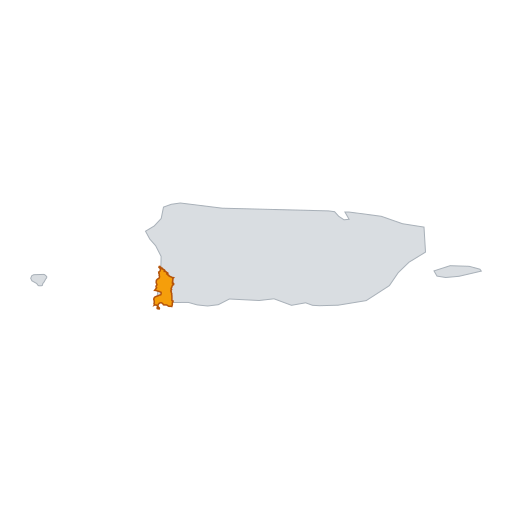 Cabo Rojo, Puerto Rico shown in context
{"feature_id": "32010507B73379646065034", "entity_name": "Cabo Rojo", "entity_type": "district", "adm_level": 2, "iso_a3": "PRI", "parent_name": "Puerto Rico", "parent_adm1": "", "projection": "albers", "projection_center": [-67.16, 18.05], "detail": "fine", "context": "in_parent", "style": "filled", "palette": "amber", "viewbox_px": 512, "rotation_deg": 0, "n_neighbors": 0, "source": "geoboundaries", "source_scale": "gbopen_adm2", "svg_char_len": 3885}
<svg xmlns="http://www.w3.org/2000/svg" viewBox="0 0 512 512"><path d="M338.7,216.3L344.0,219.8L349.1,219.3L344.9,212.0L348.7,212.0L381.3,216.3L402.4,223.7L424.0,227.1L425.5,252.1L409.0,262.2L398.2,272.7L389.4,285.6L366.2,300.6L338.1,305.2L319.4,305.7L312.5,305.3L305.6,302.8L291.5,305.3L274.0,298.8L259.1,300.5L229.4,299.0L218.3,304.7L207.6,306.0L197.2,304.9L188.3,302.4L166.3,302.6L157.0,297.7L160.8,269.3L161.1,256.4L155.7,245.8L149.8,239.1L145.5,231.2L154.2,226.0L161.2,218.5L163.5,207.1L171.2,204.3L180.3,203.0L222.3,208.2L328.6,210.9L334.6,211.7L338.7,216.3ZM459.0,276.3L445.7,277.5L437.0,276.1L434.0,270.9L450.1,265.7L469.1,266.3L479.9,269.2L481.3,271.1L459.0,276.3ZM41.7,285.7L40.1,285.8L38.5,285.7L37.8,285.1L36.7,283.5L31.9,280.8L30.7,278.3L31.8,275.7L33.8,274.7L43.7,274.4L44.7,274.7L46.7,276.5L46.7,277.8L45.7,279.0L44.0,282.1L43.3,282.9L42.7,283.7L42.5,285.2L41.7,285.7Z" fill="#d9dde1" stroke="#a8b0b8" stroke-width="1"/><path d="M159.8,266.4L159.7,266.4L159.3,266.4L158.9,267.2L159.5,267.9L159.6,268.0L160.1,268.2L160.2,268.6L160.3,269.0L160.4,269.7L160.1,270.8L160.0,271.0L159.4,271.8L158.9,272.1L158.7,272.1L158.8,273.1L158.8,273.3L159.2,273.8L159.3,273.9L159.3,274.3L159.3,274.6L159.1,275.2L159.2,275.3L159.5,276.2L159.5,276.3L159.5,276.9L159.4,277.3L159.2,277.9L159.2,278.0L158.5,278.5L158.0,278.8L157.4,279.2L156.4,280.3L156.2,281.9L156.2,282.8L156.6,283.6L157.0,284.7L157.0,284.8L156.7,285.2L156.2,285.8L156.0,286.5L156.1,287.0L156.3,287.4L156.6,287.8L156.2,288.4L155.4,289.3L154.7,290.3L155.0,290.3L155.9,290.5L156.1,290.6L156.7,290.7L157.2,290.9L158.0,291.2L158.5,291.3L159.5,291.6L159.8,291.7L160.0,291.8L160.6,292.1L160.9,292.2L160.9,292.3L161.2,292.8L161.1,293.8L160.8,294.7L160.7,294.7L160.2,295.0L159.4,295.1L158.2,295.7L157.9,295.9L156.8,296.2L156.6,296.3L155.1,296.9L154.7,297.2L154.2,297.8L153.8,298.9L153.8,299.6L153.9,299.8L154.1,300.5L154.2,300.8L154.2,301.4L154.3,301.7L154.3,302.3L154.0,303.5L154.3,304.4L154.3,305.0L154.2,305.2L154.4,305.1L155.6,305.0L156.3,305.1L156.5,305.1L157.3,305.8L157.5,306.6L157.6,307.1L157.4,307.6L157.1,307.8L157.0,308.0L157.4,308.7L157.7,308.7L158.1,308.6L158.6,308.7L158.8,309.0L159.2,309.0L159.4,308.4L159.2,307.7L158.9,307.5L158.8,307.4L158.3,306.9L158.1,306.3L158.0,306.0L158.0,305.1L158.3,304.4L158.9,303.6L159.7,303.0L160.8,302.7L161.6,302.8L162.1,303.2L162.3,303.4L162.7,303.7L163.4,304.5L163.5,304.8L164.4,304.9L164.8,304.9L165.3,304.9L166.3,304.9L166.9,305.1L167.1,305.2L167.8,305.7L168.6,306.2L169.3,306.3L170.6,306.3L171.7,306.5L171.8,306.5L171.8,306.4L171.9,305.8L172.2,305.3L172.2,304.8L172.4,304.3L172.2,303.1L172.5,302.7L172.5,302.4L172.8,302.0L173.1,301.1L173.0,300.9L172.6,300.8L172.2,300.8L171.9,300.6L171.8,300.4L171.9,300.0L171.9,297.2L171.9,296.9L171.8,294.9L171.6,294.4L171.8,293.8L171.7,293.4L171.2,292.3L171.2,291.7L171.1,291.4L171.2,291.2L170.8,291.0L170.8,290.6L171.2,289.9L171.6,289.5L171.4,289.0L171.2,288.9L171.1,288.4L171.3,288.0L171.7,287.5L171.9,286.6L172.3,285.6L172.7,285.3L172.9,284.9L173.6,284.6L173.7,283.8L173.4,283.7L173.3,283.3L172.8,283.3L172.5,283.4L172.4,282.4L172.7,282.0L172.5,281.6L172.7,281.3L172.6,280.9L172.7,280.5L172.9,280.1L172.8,279.7L172.8,278.9L173.0,278.8L173.0,278.1L173.6,277.7L173.4,277.6L172.9,277.8L172.6,277.6L172.3,277.6L171.7,277.1L171.4,277.1L170.7,276.7L170.3,276.6L170.2,276.6L169.7,276.2L169.6,276.3L169.0,276.0L168.7,275.4L168.6,275.1L168.1,275.0L167.8,274.9L167.8,274.6L167.5,274.3L167.6,274.2L167.3,273.7L167.5,273.4L167.8,273.3L167.7,273.0L167.5,272.9L167.2,273.1L167.3,272.8L166.6,272.8L166.5,272.1L165.6,271.6L165.5,271.4L165.2,271.4L165.0,270.9L165.0,271.1L164.7,271.2L164.8,270.7L164.5,270.5L164.3,270.6L164.4,269.9L163.9,269.7L163.5,269.4L163.3,269.2L162.9,269.3L162.5,268.8L162.1,268.8L162.2,268.4L162.2,268.2L161.3,268.1L161.0,267.5L160.8,267.3L160.2,266.9L159.8,266.5L159.8,266.4Z" fill="#f59e0b" stroke="#b45309" stroke-width="1.5"/></svg>